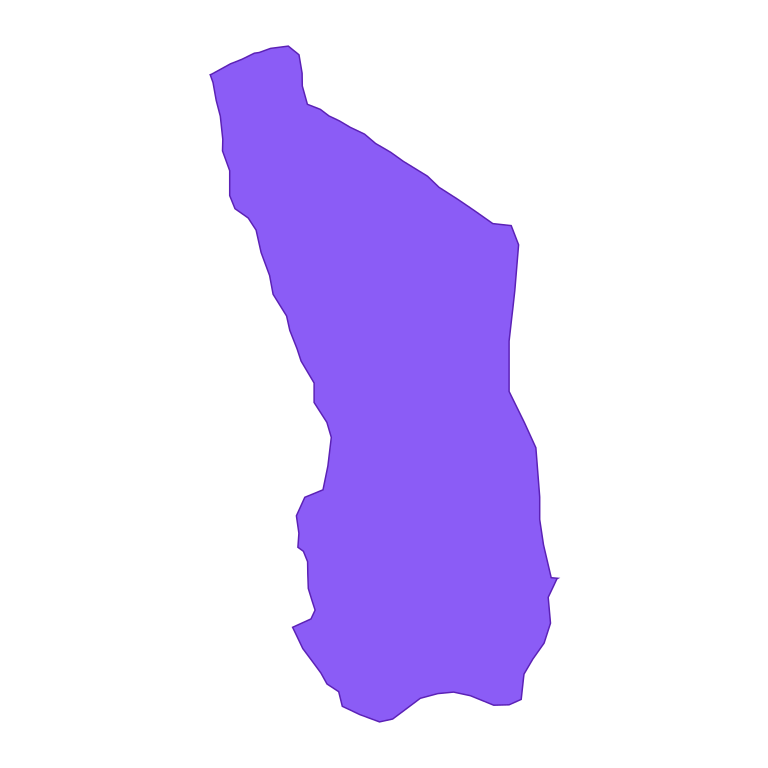 the district of Arsos Larnakas, Cyprus
{"feature_id": "46923920B32733260957571", "entity_name": "Arsos Larnakas", "entity_type": "district", "adm_level": 2, "iso_a3": "CYP", "parent_name": "Cyprus", "parent_adm1": "", "projection": "natural_earth1", "projection_center": [33.634, 35.079], "detail": "fine", "context": "isolated", "style": "filled", "palette": "violet", "viewbox_px": 768, "rotation_deg": 0, "n_neighbors": 0, "source": "geoboundaries", "source_scale": "gbopen_adm2", "svg_char_len": 1485}
<svg xmlns="http://www.w3.org/2000/svg" viewBox="0 0 768 768"><path d="M210.2,74.7L213.0,82.5L216.2,100.4L220.3,116.1L222.8,139.4L222.5,150.9L229.7,170.7L229.7,195.6L235.0,208.7L248.2,218.0L256.1,230.1L261.1,252.5L269.6,275.5L273.1,294.3L286.6,316.0L289.8,330.4L297.0,348.6L301.1,361.1L314.1,383.0L314.1,402.5L326.9,422.4L331.3,437.4L327.9,465.9L323.0,489.8L304.8,497.3L296.4,515.8L298.9,533.3L297.9,547.3L303.4,551.3L307.6,561.7L307.8,573.8L308.3,588.5L311.9,600.2L315.1,610.1L311.0,618.9L310.4,619.2L300.7,623.6L292.6,627.3L296.8,636.0L302.8,648.6L311.7,660.5L320.9,673.0L327.0,684.0L338.7,691.7L342.3,706.3L359.8,714.6L379.5,721.9L392.7,719.0L407.8,707.7L420.3,698.3L437.8,693.6L453.6,692.1L470.4,695.7L493.7,705.2L509.1,704.8L517.2,701.2L521.2,699.4L523.6,677.4L524.0,674.1L532.8,659.1L544.1,643.1L550.5,623.2L548.2,597.3L554.0,585.1L555.2,582.5L556.6,579.5L556.9,578.8L557.8,578.3L551.2,577.7L548.3,565.3L545.6,553.8L543.5,544.8L541.8,533.5L539.7,519.5L539.7,497.1L539.6,495.6L535.9,448.1L535.9,447.8L524.4,422.6L509.1,391.5L509.1,353.1L509.1,341.1L511.8,317.2L512.9,307.9L514.8,290.7L518.6,244.8L511.2,225.6L492.8,223.6L474.2,210.5L457.9,199.4L439.0,187.3L427.5,176.2L403.4,161.4L390.7,152.3L375.6,143.5L364.5,134.1L350.2,127.3L339.4,120.9L328.9,115.9L320.4,109.4L307.4,104.3L302.3,86.0L302.1,73.2L299.0,54.8L296.6,52.8L293.7,50.5L288.3,46.1L270.5,48.4L259.2,52.5L254.3,53.2L241.9,59.3L230.5,63.8L211.2,74.4L210.2,74.7Z" fill="#8b5cf6" stroke="#5b21b6" stroke-width="1.5"/></svg>